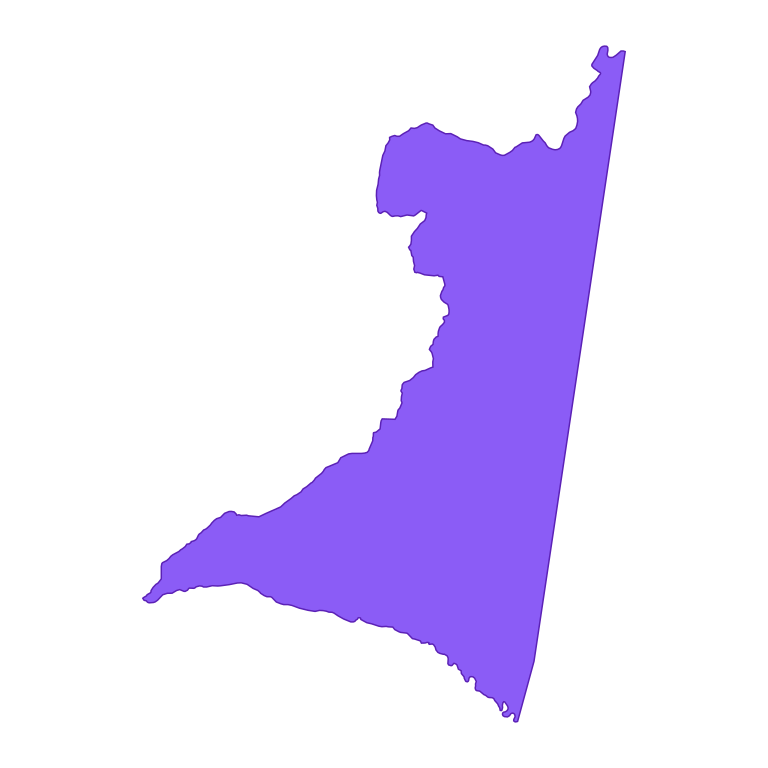 outline of Paratebueno, Cundinamarca, Colombia
{"feature_id": "7082276B37141282912901", "entity_name": "Paratebueno", "entity_type": "district", "adm_level": 2, "iso_a3": "COL", "parent_name": "Colombia", "parent_adm1": "Cundinamarca", "projection": "albers", "projection_center": [-73.225, 4.477], "detail": "fine", "context": "isolated", "style": "filled", "palette": "violet", "viewbox_px": 768, "rotation_deg": 0, "n_neighbors": 0, "source": "geoboundaries", "source_scale": "gbopen_adm2", "svg_char_len": 6093}
<svg xmlns="http://www.w3.org/2000/svg" viewBox="0 0 768 768"><path d="M427.1,123.0L425.9,123.1L421.3,125.0L417.1,127.7L414.4,128.4L411.0,128.0L408.7,130.7L403.3,133.7L399.5,136.3L396.9,136.3L394.8,135.5L392.0,136.3L389.6,137.4L389.7,140.0L388.0,143.1L385.9,145.7L384.9,151.0L382.8,155.4L379.8,170.2L379.5,172.3L379.6,175.4L378.6,179.0L378.1,184.2L376.6,190.3L376.4,195.7L376.8,199.9L377.4,202.3L376.8,205.4L377.8,208.3L377.9,211.1L378.7,212.5L379.9,213.2L380.8,213.3L383.2,211.7L385.0,211.3L387.2,212.3L390.5,215.5L392.0,216.3L392.8,216.4L395.1,215.9L398.1,215.8L400.7,216.6L407.0,215.0L413.7,215.9L415.3,215.0L421.0,210.5L421.8,210.6L426.7,213.1L426.2,215.0L426.0,217.6L424.7,220.6L420.3,224.0L417.4,228.4L414.5,231.5L411.4,236.2L411.4,240.5L410.9,244.1L409.7,246.0L408.6,247.2L409.6,249.4L410.1,250.1L410.8,250.4L411.8,255.6L413.2,257.2L413.5,261.4L414.6,265.6L413.8,269.1L414.9,272.3L416.6,272.7L417.4,272.4L420.1,273.1L424.5,274.8L434.2,275.8L437.9,275.2L439.1,276.4L442.8,276.8L444.8,284.1L444.9,285.8L443.6,287.5L443.0,289.7L441.9,291.3L440.4,295.6L440.6,297.3L441.2,299.1L442.0,300.1L444.0,302.1L447.6,304.3L448.2,305.5L449.0,309.5L449.1,311.7L448.8,314.1L447.8,315.4L443.4,317.1L443.2,318.3L443.3,319.0L444.4,320.3L444.4,322.3L442.6,324.5L440.2,326.7L439.6,327.7L438.4,331.2L438.1,333.4L438.1,336.0L437.9,336.4L436.2,337.0L434.0,339.3L433.4,341.1L433.0,344.4L430.7,346.3L429.6,348.8L429.4,349.5L431.3,351.8L432.1,353.4L433.4,358.7L432.8,361.9L432.9,367.1L430.8,367.8L425.1,370.4L422.0,370.9L419.0,372.3L415.7,374.6L413.3,377.6L409.7,380.5L404.1,382.4L402.9,383.8L402.2,384.9L401.9,388.6L401.0,390.4L401.0,391.1L402.3,393.1L401.5,396.5L401.2,400.7L401.9,402.3L401.9,403.2L399.8,408.1L398.3,409.7L397.8,410.9L396.9,416.2L395.0,419.3L382.2,418.9L381.2,420.7L380.8,422.5L380.1,428.9L376.2,432.1L373.6,432.7L373.4,433.2L373.3,436.5L372.9,437.3L372.7,440.9L369.2,449.0L368.8,450.5L367.3,452.3L364.6,453.1L361.5,453.4L352.2,453.4L348.6,453.9L340.8,457.7L337.8,462.7L326.0,467.6L324.3,469.5L323.3,471.3L321.5,473.4L315.5,478.1L314.2,480.2L312.1,482.5L311.0,483.0L306.7,486.7L303.1,488.9L301.0,491.9L296.8,494.7L294.2,495.8L291.1,498.5L284.8,503.0L280.7,506.9L265.8,513.5L258.9,516.8L248.4,515.8L246.7,515.2L241.2,515.5L239.0,514.8L236.6,515.2L236.1,513.9L234.1,511.9L231.3,511.4L229.1,511.5L224.6,513.3L220.6,517.4L216.6,518.7L214.3,520.4L211.8,523.0L210.3,525.1L207.1,528.1L205.6,529.2L203.6,530.0L201.2,532.7L199.1,534.2L198.4,535.2L196.7,538.8L195.6,539.9L194.0,540.8L191.2,541.6L191.1,542.3L189.3,543.8L186.8,544.2L185.3,546.5L182.4,548.8L180.7,549.8L178.9,551.5L173.0,554.6L170.8,556.3L169.0,558.6L166.7,560.6L162.5,562.7L161.8,563.7L161.3,566.5L161.3,578.3L161.1,579.2L157.9,583.2L155.9,584.4L153.1,587.4L151.1,590.5L150.9,592.1L150.4,592.8L147.1,594.7L146.5,595.8L143.2,597.8L142.8,598.3L143.9,600.1L144.4,600.4L146.3,600.8L147.4,602.1L148.3,602.6L149.5,602.8L153.4,602.5L155.2,601.9L157.6,600.2L162.7,594.8L167.2,593.3L172.1,593.2L176.6,590.5L179.7,589.6L183.9,591.3L185.1,591.4L187.5,590.2L188.7,588.5L189.4,588.1L193.9,588.3L194.9,587.9L196.2,586.8L199.6,585.9L202.1,586.2L203.5,587.0L206.6,587.0L212.2,585.7L217.8,586.0L220.5,585.8L229.4,584.6L237.3,583.0L241.2,582.8L247.1,584.3L253.1,588.4L257.9,590.5L260.2,592.6L260.5,593.2L264.2,595.6L266.9,596.7L270.5,596.7L271.9,597.4L276.3,602.0L280.9,603.8L283.8,604.6L288.1,604.6L291.9,605.4L299.5,608.2L308.1,610.3L315.1,611.4L319.5,610.4L323.2,610.6L326.3,611.2L328.8,612.1L332.2,612.3L334.2,613.2L337.8,615.7L343.7,619.0L350.8,621.9L353.3,621.9L354.8,621.4L355.9,620.1L357.5,619.1L357.9,618.1L358.8,617.7L360.0,617.8L360.5,618.1L360.9,619.5L366.8,622.7L371.6,623.8L378.9,626.2L381.9,626.7L386.2,626.4L388.2,626.8L392.8,627.1L394.8,629.6L399.0,631.8L400.6,632.4L406.6,633.1L407.4,633.4L412.4,638.6L414.5,639.0L420.1,640.8L420.6,641.4L421.4,643.1L425.1,643.0L427.0,642.4L428.0,642.4L428.9,642.8L428.7,643.5L429.2,644.3L432.4,644.0L433.6,644.7L435.2,647.1L436.0,650.0L437.9,652.4L439.9,653.4L443.4,654.3L444.3,654.2L447.1,655.8L448.0,657.6L448.2,658.9L447.9,663.6L448.6,664.9L451.1,665.7L452.1,665.4L453.8,663.4L454.4,663.4L456.2,664.2L457.0,665.0L458.4,669.2L461.1,670.7L461.4,673.6L464.0,676.7L464.3,678.4L465.6,681.1L466.1,681.5L467.3,681.8L468.1,681.4L468.6,680.6L469.0,678.2L469.8,677.1L470.8,676.6L472.9,676.8L474.6,678.1L476.3,681.5L475.5,683.9L475.6,686.1L475.2,687.6L475.3,688.8L475.8,690.0L476.6,690.6L479.7,691.1L483.9,694.6L485.7,695.4L487.8,697.1L489.0,697.5L492.3,697.7L493.8,698.6L494.8,700.6L497.7,703.9L498.7,706.3L499.6,707.6L500.2,710.4L501.3,710.6L501.9,710.2L502.6,707.6L502.4,705.2L502.9,702.8L503.7,701.7L504.7,701.9L507.5,705.9L508.1,707.7L508.1,708.5L507.8,709.5L507.0,710.7L505.6,711.7L503.3,712.3L502.9,712.8L502.6,713.2L502.5,714.5L503.0,715.7L504.4,716.6L507.5,716.9L509.5,715.7L510.7,713.9L511.4,713.4L512.4,713.1L513.6,713.4L514.6,714.3L515.1,716.2L514.9,717.2L513.8,719.4L513.7,720.9L515.1,721.9L516.8,721.7L517.6,721.4L534.0,661.3L625.2,51.6L623.4,51.0L621.0,51.0L616.2,55.2L613.0,57.3L611.0,57.5L609.3,57.3L608.4,56.8L607.6,55.7L607.2,54.2L607.9,50.3L607.8,47.8L607.4,47.0L606.7,46.3L604.6,46.1L602.9,46.4L601.5,47.1L600.6,48.0L599.7,49.4L597.7,55.4L592.0,64.2L591.8,65.1L591.9,66.0L593.9,68.3L597.2,70.5L598.1,71.4L600.3,72.6L600.6,73.3L600.3,74.2L598.8,75.9L597.6,78.1L595.0,81.0L592.6,82.7L591.4,83.9L589.6,86.7L590.7,91.4L590.7,92.5L590.1,94.9L588.2,97.1L583.1,100.3L580.9,103.9L577.8,106.9L576.5,109.0L575.6,112.4L576.9,115.8L577.5,118.7L577.6,121.5L576.9,125.2L575.7,128.5L573.1,130.7L569.5,132.3L565.1,136.1L563.9,138.4L561.6,145.6L560.5,147.7L559.4,148.6L557.5,149.5L555.1,149.8L552.5,149.3L548.5,147.7L546.7,145.6L545.2,142.9L543.3,141.0L538.9,135.4L538.0,134.7L537.1,134.5L536.1,134.8L534.2,139.0L532.7,140.7L531.1,141.6L529.6,142.2L522.3,142.9L516.3,146.8L514.9,147.4L512.4,150.5L509.9,152.3L504.4,155.3L502.2,155.4L500.3,154.9L495.6,152.8L492.8,149.0L487.7,145.7L485.4,145.1L483.7,145.1L478.2,142.7L472.9,141.4L466.7,140.6L460.4,138.9L457.3,136.8L450.8,133.6L445.5,133.8L439.3,130.8L434.9,128.0L432.8,125.1L429.4,124.0L427.1,123.0Z" fill="#8b5cf6" stroke="#5b21b6" stroke-width="1.5"/></svg>